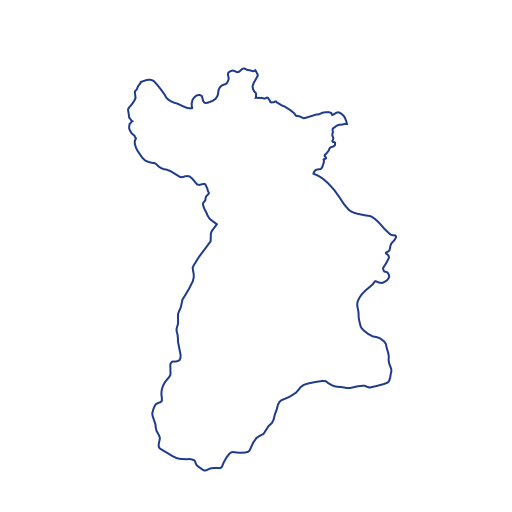 Lao Cai, Lào Cai, Vietnam (Albers equal-area conic projection), rotated 346°
{"feature_id": "81297802B32838967164839", "entity_name": "Lao Cai", "entity_type": "district", "adm_level": 2, "iso_a3": "VNM", "parent_name": "Vietnam", "parent_adm1": "Lào Cai", "projection": "albers", "projection_center": [103.995, 22.419], "detail": "fine", "context": "isolated", "style": "outline", "palette": "blue", "viewbox_px": 512, "rotation_deg": 346, "n_neighbors": 0, "source": "geoboundaries", "source_scale": "gbopen_adm2", "svg_char_len": 6050}
<svg xmlns="http://www.w3.org/2000/svg" viewBox="0 0 512 512"><g transform="rotate(346 256 256)"><path d="M300.2,75.7L300.0,76.0L299.5,76.1L298.4,76.1L297.2,75.7L294.9,74.3L293.4,73.7L292.4,73.2L291.7,72.7L290.6,71.6L290.0,71.2L289.4,71.1L288.3,71.1L287.6,71.3L284.5,73.0L283.6,73.2L282.8,73.2L282.0,73.0L279.3,70.9L278.1,70.4L277.4,70.4L275.7,70.6L274.6,70.9L273.8,71.3L273.2,71.8L272.8,72.6L272.6,73.5L272.6,76.4L272.5,77.0L272.0,78.2L270.6,80.1L269.5,81.3L268.2,81.8L264.4,82.2L263.1,82.8L261.8,83.6L260.7,84.7L259.8,86.0L258.4,89.4L257.6,90.9L256.6,92.1L254.8,93.7L251.4,95.0L247.7,95.4L245.8,95.6L244.1,95.3L243.1,94.8L242.4,93.5L242.2,92.7L242.2,89.2L242.1,87.6L240.3,86.1L237.3,85.8L234.3,87.3L232.3,89.0L230.5,92.4L229.8,96.0L230.0,96.4L229.8,96.9L229.7,97.1L228.8,97.1L225.9,96.1L224.0,95.0L221.3,93.0L216.5,89.1L212.7,86.8L211.5,85.8L209.3,83.7L207.5,81.2L206.1,76.5L203.3,69.8L201.7,66.3L199.2,61.6L197.7,60.3L196.0,59.4L193.9,58.9L192.2,58.8L186.3,59.3L186.0,60.1L184.9,60.9L182.6,62.8L180.6,65.5L178.6,66.8L178.1,67.4L177.8,70.3L177.4,72.8L177.4,73.5L175.3,76.1L173.5,77.7L171.7,79.2L169.3,80.8L167.4,82.6L167.2,83.6L166.7,89.1L166.4,91.0L166.7,91.5L168.0,94.7L168.6,95.3L168.0,95.5L165.2,97.5L164.2,99.9L163.8,101.5L164.0,103.5L164.8,106.2L165.1,107.0L167.2,109.9L167.5,111.7L167.9,112.4L167.9,113.0L166.4,114.7L165.8,116.5L165.5,118.2L165.8,122.3L166.6,125.6L169.5,133.3L171.6,136.6L174.7,138.9L177.9,140.6L180.2,141.4L181.5,142.9L183.3,145.7L185.1,147.7L187.6,149.5L190.1,150.5L193.7,153.1L201.3,160.8L202.5,161.4L204.3,161.7L206.7,161.5L209.1,162.0L210.8,162.7L212.9,165.6L216.1,172.2L217.7,173.2L218.3,173.3L222.9,173.4L223.6,173.7L224.2,174.4L225.1,178.9L225.0,181.0L225.5,183.0L225.5,183.5L225.2,184.1L221.9,186.2L221.0,187.8L220.6,189.2L220.0,190.0L218.4,191.0L217.4,192.1L216.9,193.2L217.3,197.8L218.2,201.3L218.6,203.1L218.7,204.7L219.9,208.4L221.6,210.8L225.7,215.7L219.1,221.1L217.7,223.1L215.5,230.8L200.3,243.2L193.5,249.8L191.8,251.8L191.4,254.6L191.2,258.4L190.6,261.2L188.7,265.1L182.8,271.9L175.9,278.8L174.2,280.3L170.7,287.5L167.6,291.5L166.2,293.7L164.0,302.8L161.3,307.4L160.8,309.8L160.8,313.7L160.2,317.7L159.6,319.9L158.9,333.7L158.0,336.8L156.5,338.6L154.5,339.0L152.8,339.0L149.8,338.3L148.8,338.4L147.4,339.4L146.5,340.8L145.0,347.8L144.2,350.6L142.6,352.3L137.6,356.0L135.3,358.3L133.4,360.9L131.8,363.9L130.8,367.0L130.2,371.7L129.5,373.9L127.8,374.8L126.0,374.8L123.0,375.5L121.0,377.5L119.1,380.2L117.2,383.7L117.0,386.3L117.7,395.1L117.2,398.3L117.2,401.6L118.5,406.7L118.7,409.5L116.0,415.2L115.5,417.7L115.7,418.6L116.4,419.8L120.3,423.7L126.6,430.0L130.1,432.9L133.0,434.4L138.7,436.2L143.3,437.2L146.5,439.1L147.1,440.3L147.4,442.5L147.6,444.0L148.3,445.4L152.3,450.2L154.0,451.7L155.9,451.9L159.4,451.2L162.0,451.2L166.5,452.1L169.9,453.2L170.7,452.9L171.9,452.3L174.8,448.4L179.1,443.9L182.5,441.4L184.3,440.6L185.8,440.5L191.6,442.7L197.1,444.0L200.8,444.1L202.7,443.2L208.2,436.3L212.4,432.7L215.7,431.5L219.6,430.6L220.6,430.1L227.0,424.1L231.1,421.8L233.5,419.0L235.9,414.4L238.8,410.2L241.3,405.7L243.4,403.3L245.7,402.1L254.2,400.8L261.7,398.3L264.8,396.2L267.6,394.0L271.2,392.6L275.1,392.3L283.1,392.6L290.0,393.3L293.4,394.3L295.2,396.7L298.4,399.8L299.9,400.9L301.9,402.0L304.2,402.9L306.6,403.6L312.8,406.3L314.6,406.7L316.3,406.9L323.0,407.0L329.3,407.9L330.7,408.6L332.0,409.8L333.3,410.4L334.0,411.1L341.1,411.3L348.6,411.2L352.5,410.8L354.0,410.2L355.1,409.1L356.8,406.4L358.2,403.0L359.2,401.2L359.6,400.0L359.9,398.0L359.2,392.4L359.3,390.7L359.6,388.5L360.3,386.6L360.7,384.2L360.8,381.8L360.6,376.5L360.7,372.7L359.6,369.8L356.8,366.3L354.6,364.6L352.9,363.6L351.0,362.8L349.5,362.0L345.6,358.4L344.5,356.8L343.1,355.2L341.1,351.9L340.5,349.7L340.5,343.5L340.8,340.3L341.9,335.1L342.1,330.5L342.4,327.8L343.1,325.8L344.6,323.4L346.7,321.1L349.2,318.9L352.0,317.1L355.5,315.1L358.2,313.9L362.5,311.6L365.4,309.3L366.1,309.5L368.6,311.3L370.5,312.3L371.8,312.6L372.7,312.6L375.5,311.9L377.7,311.0L379.5,309.3L380.2,308.4L380.4,307.5L380.4,306.3L379.9,304.8L379.6,303.9L378.8,303.1L376.8,302.2L376.4,301.3L376.2,298.8L377.0,297.8L380.7,294.3L383.6,291.1L384.5,289.9L384.7,289.0L384.7,288.0L384.0,286.4L383.0,285.4L382.8,284.7L382.9,284.1L385.6,283.6L387.1,282.4L389.2,278.1L390.5,276.5L394.4,273.9L396.2,271.9L396.5,271.0L396.5,270.3L396.1,269.8L395.3,269.4L393.8,269.0L392.3,268.2L391.0,266.8L387.1,260.6L383.9,254.3L381.9,251.1L380.5,249.0L377.8,245.9L376.0,244.7L370.9,242.6L364.0,239.2L361.8,237.9L360.3,236.8L359.0,235.7L357.4,233.9L354.9,229.2L353.4,225.7L351.5,220.1L348.0,211.2L346.0,207.3L343.3,202.5L339.6,197.2L337.6,195.0L335.1,192.6L331.7,190.1L332.3,188.9L333.1,188.1L334.7,187.0L336.6,186.9L338.7,187.2L339.9,187.2L340.4,186.9L341.3,186.3L341.9,185.6L344.2,182.0L344.9,180.3L345.0,178.7L345.4,178.5L347.1,178.4L347.5,178.2L347.7,177.9L347.6,177.2L346.9,175.7L346.9,174.9L347.1,174.6L349.2,173.5L351.7,171.6L352.4,170.9L353.2,169.6L354.4,168.7L355.0,168.6L357.4,168.5L359.4,167.6L359.9,166.3L360.1,165.1L360.0,164.9L359.6,164.5L358.2,163.9L358.0,163.6L358.0,163.0L358.1,162.5L359.2,161.3L359.4,160.8L359.5,159.8L359.3,158.3L359.3,157.1L359.6,156.1L360.5,154.7L360.9,151.7L361.5,150.9L362.3,150.5L363.4,150.2L365.7,149.1L368.7,148.8L371.0,149.3L373.9,149.3L376.2,149.9L376.2,146.8L375.6,142.9L375.1,141.6L374.2,140.0L373.0,138.4L371.6,137.0L370.6,136.5L368.8,136.4L365.2,137.5L364.1,137.6L363.9,137.4L363.6,135.4L361.5,134.1L359.6,133.6L356.3,133.1L355.3,133.1L350.8,133.8L349.7,133.5L348.7,133.3L338.8,133.9L335.6,133.9L331.8,130.9L328.8,129.7L327.7,127.1L326.7,125.5L324.2,122.3L319.7,117.7L317.4,116.1L313.2,111.8L313.0,111.1L312.7,110.8L312.3,110.7L310.3,111.1L307.7,110.6L307.2,110.0L307.1,109.0L306.1,106.1L305.7,105.3L305.3,105.1L304.6,104.9L303.6,105.3L302.9,105.4L302.3,105.3L299.7,104.0L295.9,103.0L294.7,102.5L294.0,102.4L294.5,101.5L295.1,99.5L295.3,98.6L295.2,97.8L294.2,96.0L293.8,94.8L293.5,93.6L293.6,91.4L293.7,90.6L295.5,87.7L301.3,81.5L301.5,81.0L301.4,79.7L301.1,78.8L300.7,76.7L300.2,75.7Z" fill="none" stroke="#1e3a8a" stroke-width="2"/></g></svg>